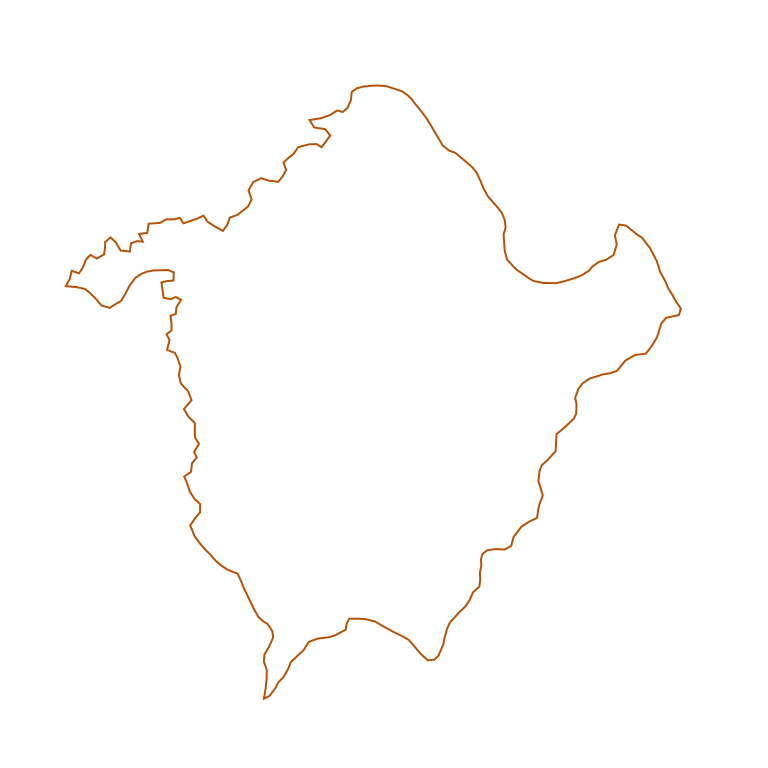 the district of Borborema, São Paulo, Brazil, rotated 173°
{"feature_id": "56859067B94148690757902", "entity_name": "Borborema", "entity_type": "district", "adm_level": 2, "iso_a3": "BRA", "parent_name": "Brazil", "parent_adm1": "São Paulo", "projection": "orthographic", "projection_center": [-49.058, -21.606], "detail": "fine", "context": "isolated", "style": "outline", "palette": "amber", "viewbox_px": 768, "rotation_deg": 173, "n_neighbors": 0, "source": "geoboundaries", "source_scale": "gbopen_adm2", "svg_char_len": 3585}
<svg xmlns="http://www.w3.org/2000/svg" viewBox="0 0 768 768"><g transform="rotate(173 384 384)"><path d="M687.9,519.9L677.7,517.7L669.3,514.8L664.9,510.4L660.0,504.2L654.9,496.4L647.1,493.0L634.9,498.6L630.1,504.5L624.5,512.7L617.7,519.8L611.0,523.0L605.6,524.4L598.6,524.8L584.4,523.4L579.0,520.4L580.4,512.3L587.0,512.6L592.5,512.0L592.2,496.4L585.6,494.2L580.1,495.7L575.2,492.3L580.7,485.4L582.1,478.9L587.6,477.7L587.6,470.3L588.3,463.1L593.7,459.9L591.5,453.6L595.2,444.3L587.7,440.3L585.6,434.4L583.9,425.9L586.5,418.2L585.6,409.2L579.3,400.7L577.0,391.4L585.6,383.5L582.2,375.5L576.4,368.2L577.5,360.8L578.1,354.3L575.0,347.1L580.8,339.6L578.8,333.8L584.2,328.8L586.3,320.3L593.6,316.5L591.9,310.9L589.7,300.4L585.8,292.6L581.1,287.2L582.2,279.1L588.6,272.9L593.6,267.3L590.4,255.6L585.3,246.8L581.2,240.9L577.6,236.5L573.3,229.9L567.8,223.7L562.2,219.0L557.4,216.2L552.4,213.6L549.6,204.9L548.1,198.7L545.4,190.9L542.6,182.6L540.3,176.0L537.1,168.2L532.8,163.2L528.5,159.7L525.0,152.3L524.9,146.0L530.1,137.3L535.6,130.1L537.1,123.3L535.2,114.7L536.3,106.2L538.6,96.2L541.5,86.3L535.6,88.4L528.7,95.6L525.2,100.8L519.5,105.3L513.6,113.3L510.4,119.3L504.0,124.0L496.3,129.6L490.1,137.2L480.6,139.4L469.6,139.4L463.2,140.5L451.9,144.8L450.4,150.3L447.1,155.3L437.6,154.1L431.2,152.9L422.0,149.5L413.8,143.2L404.3,136.4L395.9,131.0L390.6,127.0L385.4,119.3L380.8,112.1L374.1,104.3L367.8,104.3L363.0,107.7L360.2,112.7L356.9,118.3L354.7,125.1L351.2,133.4L347.5,139.5L342.8,143.3L337.9,147.7L330.3,153.3L325.4,159.1L321.1,166.3L314.1,171.3L312.3,178.2L311.8,185.0L309.4,192.3L309.2,198.1L306.9,203.4L301.6,206.5L293.0,206.5L284.5,205.0L277.5,207.8L274.0,216.4L264.9,225.8L256.7,229.6L248.3,232.5L246.3,240.5L244.0,246.5L240.0,253.9L241.3,262.0L242.6,268.8L240.2,278.5L237.4,284.1L231.8,287.9L221.9,296.3L220.6,303.5L218.9,313.1L208.2,320.3L199.9,326.3L196.9,331.0L195.4,340.2L196.0,346.8L191.8,355.2L187.0,360.3L179.5,364.3L171.9,365.6L165.7,366.9L158.5,367.1L151.1,368.7L146.4,373.1L141.7,377.8L131.3,382.2L120.4,382.2L113.7,389.0L107.3,397.1L101.5,410.1L96.0,415.3L82.9,416.5L80.1,422.7L83.8,429.5L87.3,438.2L90.3,444.4L92.3,451.7L96.4,462.2L98.4,473.2L103.3,486.2L110.0,497.7L115.2,502.1L119.4,506.5L124.6,511.8L131.2,513.6L136.7,503.6L136.0,493.9L140.4,484.1L148.2,480.3L155.6,479.1L162.7,475.3L167.1,471.3L175.2,467.5L183.5,465.6L192.8,464.0L200.7,463.1L213.7,464.9L223.3,468.1L228.2,472.1L239.2,482.0L246.8,492.7L247.9,501.3L247.1,517.9L244.2,524.4L244.2,531.9L246.2,539.7L250.9,547.2L258.1,557.8L261.5,566.2L263.5,573.9L266.2,582.1L269.9,588.3L275.7,594.8L281.0,600.4L285.1,604.8L290.8,607.7L296.6,613.5L302.9,627.8L305.3,633.6L310.2,644.0L315.4,652.9L318.9,658.1L321.8,663.4L325.6,668.0L330.6,672.4L345.0,679.2L353.0,680.9L358.5,681.5L368.7,681.7L375.0,680.8L380.5,677.7L382.3,669.6L386.7,662.4L391.9,659.0L397.1,661.2L405.1,657.5L414.1,655.5L425.8,655.0L421.9,647.1L411.3,644.1L407.1,637.2L411.2,632.8L417.1,626.6L421.7,630.4L428.9,631.0L440.2,629.6L445.7,623.5L450.9,620.4L456.8,616.0L455.0,608.5L458.5,603.3L464.2,597.6L473.5,599.8L480.8,603.2L489.2,600.4L494.9,592.6L492.9,583.3L497.2,576.8L508.9,569.7L516.7,568.0L520.4,560.8L525.3,555.6L532.6,560.9L539.3,566.5L542.6,573.1L549.4,570.9L555.4,569.6L563.5,568.0L566.4,573.7L572.8,573.0L580.1,574.0L586.8,571.2L598.0,571.8L600.6,562.8L608.8,562.8L606.1,554.7L611.9,555.9L618.0,554.4L620.1,546.5L629.1,548.5L633.1,557.5L637.6,562.8L643.5,558.8L644.3,553.1L646.1,546.7L653.7,543.5L659.7,547.9L664.6,543.8L668.9,536.0L673.3,531.0L680.2,534.4L682.9,526.9L687.9,519.9Z" fill="none" stroke="#b45309" stroke-width="2"/></g></svg>